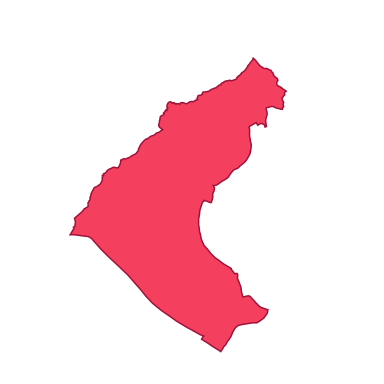 Cerro De San Antonio, Magdalena, Colombia, rotated 286°
{"feature_id": "7082276B80696597151796", "entity_name": "Cerro De San Antonio", "entity_type": "district", "adm_level": 2, "iso_a3": "COL", "parent_name": "Colombia", "parent_adm1": "Magdalena", "projection": "orthographic", "projection_center": [-74.78, 10.29], "detail": "fine", "context": "isolated", "style": "filled", "palette": "rose", "viewbox_px": 384, "rotation_deg": 286, "n_neighbors": 0, "source": "geoboundaries", "source_scale": "gbopen_adm2", "svg_char_len": 6066}
<svg xmlns="http://www.w3.org/2000/svg" viewBox="0 0 384 384"><g transform="rotate(286 192 192)"><path d="M112.0,120.1L106.5,130.1L101.3,140.3L94.6,153.1L88.9,161.9L84.0,169.5L79.2,176.3L74.1,184.9L69.6,195.4L65.9,206.4L63.6,212.7L60.5,224.3L58.0,235.5L57.2,238.5L56.7,243.0L56.0,242.4L53.1,241.8L50.8,249.8L49.4,253.7L47.3,261.3L46.5,263.6L49.2,264.5L52.1,265.2L54.5,266.5L57.4,267.1L60.9,268.4L64.1,269.3L68.0,269.7L72.6,270.8L76.0,272.7L78.4,276.6L82.8,286.0L84.2,290.5L86.9,292.9L90.5,295.7L95.8,297.7L99.7,297.5L100.0,291.0L100.5,288.7L101.6,286.5L102.4,285.4L102.8,284.4L107.4,277.1L107.9,275.8L107.6,274.6L106.7,272.6L105.7,271.3L105.3,270.3L105.3,270.0L105.9,269.3L109.0,267.5L111.1,266.4L112.9,265.8L114.6,264.8L119.1,261.5L119.4,261.1L120.2,260.5L120.7,260.0L122.1,259.4L125.1,258.7L125.9,258.2L126.1,257.8L126.0,257.3L125.3,255.8L125.3,255.4L127.7,252.2L128.5,250.9L129.3,250.8L131.8,241.3L133.6,237.0L135.3,232.0L138.0,227.1L141.5,222.3L143.9,218.4L147.1,215.6L149.6,213.7L153.3,211.9L156.0,210.2L159.2,208.9L162.4,207.4L167.6,205.9L172.6,205.3L176.8,204.6L183.9,204.8L187.3,205.8L187.0,206.7L187.2,207.1L187.3,208.1L187.2,209.3L187.0,210.8L186.9,212.4L186.9,213.0L187.5,213.6L188.5,213.4L190.6,213.6L191.3,213.4L192.3,213.4L193.0,213.4L194.7,212.7L196.2,212.5L197.5,212.5L198.1,212.8L198.9,212.9L200.3,212.8L202.2,212.5L204.0,210.5L204.1,211.2L204.7,212.3L205.2,213.3L205.8,214.0L206.7,214.8L210.9,218.2L212.9,220.2L215.1,222.1L216.0,222.6L221.6,224.5L224.6,226.0L225.3,226.6L226.7,228.5L227.6,229.5L228.5,230.1L230.0,230.8L234.8,234.2L237.1,235.3L241.0,236.4L242.4,236.6L243.5,237.0L244.9,237.2L246.5,237.1L247.1,236.7L247.4,237.1L247.9,237.0L252.9,236.2L254.1,235.8L256.1,234.7L257.1,234.0L258.7,233.5L261.3,232.0L267.7,230.2L270.4,228.9L273.4,231.6L276.4,234.6L274.3,236.8L276.6,238.9L276.8,239.5L276.9,240.3L276.8,242.1L276.6,242.9L275.8,243.6L274.6,244.3L275.4,245.5L280.2,243.4L281.1,243.1L283.6,242.8L287.1,242.9L288.9,242.3L290.4,241.6L292.2,240.4L293.2,240.1L293.4,240.1L296.2,245.0L296.4,245.8L296.4,247.3L296.2,248.2L296.0,249.6L296.1,255.2L296.5,256.1L298.0,255.9L298.8,256.4L299.6,256.5L301.1,255.5L301.7,255.5L302.7,255.3L303.5,255.4L305.6,253.3L307.2,252.6L308.3,253.2L309.7,253.6L310.3,254.2L310.8,254.3L311.5,254.2L313.0,253.5L313.4,253.6L314.8,254.8L315.2,254.1L316.4,250.0L316.8,249.0L317.1,249.1L317.8,245.0L318.7,244.0L319.6,243.5L320.7,243.3L321.3,243.4L322.0,243.7L322.9,243.8L324.0,243.2L324.6,242.7L325.2,241.5L325.8,239.2L326.1,238.8L326.9,238.5L327.1,238.3L327.3,237.8L327.8,237.4L328.7,237.0L329.1,236.5L329.3,235.5L330.0,235.2L330.9,234.0L330.5,232.4L330.6,232.1L331.3,231.0L331.4,229.9L330.6,227.3L330.6,226.5L330.8,226.0L331.3,225.6L331.3,224.1L333.0,221.0L336.3,216.5L337.5,213.9L337.1,213.9L335.6,213.8L332.9,212.6L329.3,211.3L328.5,210.7L328.1,211.0L324.9,209.9L323.0,209.1L322.0,208.4L320.8,207.5L320.4,206.9L320.0,206.8L319.6,206.8L319.1,206.4L318.6,206.5L318.4,206.2L317.2,205.7L317.1,205.4L316.5,205.0L316.1,204.9L316.1,204.5L315.9,204.3L315.2,204.2L314.7,204.0L314.4,203.6L313.7,203.7L313.2,203.7L312.7,203.2L312.3,203.0L310.6,200.6L309.7,198.9L309.8,198.6L309.8,197.2L308.6,195.8L308.6,195.0L308.2,194.5L308.0,193.8L306.4,192.1L305.5,191.8L305.2,191.4L305.2,191.0L304.8,190.6L304.0,190.0L302.9,190.3L302.5,189.2L302.1,188.5L301.0,187.7L300.4,187.5L299.9,187.0L298.7,186.4L298.4,185.5L298.0,184.9L297.1,184.1L296.4,182.8L295.9,182.4L295.3,181.7L293.4,180.4L293.2,179.5L292.6,178.9L291.3,175.5L290.7,174.9L289.9,174.7L289.1,174.9L288.9,174.7L288.6,174.8L288.4,174.4L288.2,174.3L287.7,174.1L287.1,173.2L287.0,172.3L286.8,172.0L286.0,171.2L283.3,171.1L282.8,171.9L282.2,171.7L282.1,171.3L281.5,171.1L281.5,170.4L281.0,170.1L280.8,169.8L280.0,169.3L279.1,168.1L278.9,167.4L279.1,167.1L279.0,166.8L278.8,166.4L278.5,166.2L278.3,165.3L276.9,163.9L275.9,163.4L275.6,162.8L275.4,162.1L275.2,161.9L275.4,158.7L275.1,158.2L275.2,157.7L274.8,156.9L274.4,156.4L274.0,156.2L273.5,156.3L273.0,156.1L273.0,155.6L273.2,155.2L273.2,154.8L272.6,153.5L272.4,152.6L272.6,152.5L272.6,152.3L272.0,151.6L272.2,151.1L272.4,150.4L272.8,150.4L272.9,150.1L272.7,149.8L272.6,149.2L272.0,148.7L271.9,148.4L272.7,147.3L272.6,146.5L272.8,146.1L272.1,145.5L271.9,145.0L271.1,144.5L270.0,144.3L269.6,144.1L267.7,144.2L266.3,144.8L266.3,145.2L266.1,145.6L264.3,144.8L264.0,145.0L263.8,145.2L263.8,144.4L263.6,144.2L262.7,143.9L262.1,144.4L261.4,143.5L260.0,142.8L259.7,142.9L259.9,142.7L259.3,143.7L258.7,143.6L256.2,141.0L256.0,140.9L254.8,140.8L253.0,141.2L252.0,141.0L250.2,141.4L248.8,141.5L247.9,141.4L246.5,141.8L245.6,142.5L245.0,143.5L244.8,144.2L244.2,145.2L243.8,146.7L243.1,146.3L242.6,145.5L241.9,144.9L240.9,144.3L240.1,143.6L238.9,141.5L238.5,141.2L236.8,140.5L236.1,139.7L234.4,137.3L233.4,136.3L231.9,135.3L231.5,134.9L230.7,134.5L230.5,133.4L229.4,132.7L228.5,131.9L226.3,130.9L224.8,130.1L223.6,129.8L223.1,129.5L219.8,128.9L218.2,128.8L217.1,128.9L216.5,128.9L216.0,128.4L215.1,128.4L214.6,128.0L213.8,127.7L213.0,127.1L212.0,126.2L211.1,125.1L210.9,124.7L210.3,124.1L208.5,122.8L207.6,121.8L206.6,120.4L205.5,119.2L205.3,118.3L205.3,117.4L203.6,115.5L203.5,115.3L203.2,115.5L203.0,114.8L202.5,114.8L201.0,115.2L198.2,115.1L197.9,115.0L197.2,115.0L195.0,114.3L194.7,113.8L194.5,112.9L194.3,110.3L194.0,109.5L193.6,108.9L192.4,107.8L191.4,106.4L189.7,104.9L188.7,104.3L187.5,104.1L186.8,103.7L185.6,102.5L185.5,102.3L184.9,101.8L184.7,101.8L184.4,102.4L183.9,102.5L183.1,101.3L182.3,101.9L181.4,101.6L181.1,101.9L180.3,102.0L179.2,102.5L178.6,102.3L177.4,102.4L176.9,102.2L174.8,101.8L173.9,101.4L172.6,100.2L172.3,100.2L171.6,99.6L170.1,97.9L169.7,97.2L169.2,96.9L164.4,95.8L162.3,95.5L160.3,95.7L158.7,95.5L156.2,96.1L155.0,95.5L152.8,95.0L151.5,95.6L150.5,95.7L149.8,96.1L149.5,96.2L148.7,95.7L147.9,94.7L147.0,94.1L146.7,93.6L145.7,92.8L145.1,92.6L144.4,92.5L141.9,91.3L141.3,90.7L140.4,90.2L134.4,86.3L131.1,88.2L126.6,88.9L125.5,87.7L124.9,88.3L124.4,88.5L117.3,86.7L117.6,87.4L118.5,90.7L119.6,98.4L119.9,100.5L120.6,104.5L120.3,106.1L119.6,108.3L112.0,120.1Z" fill="#f43f5e" stroke="#9f1239" stroke-width="1.5"/></g></svg>